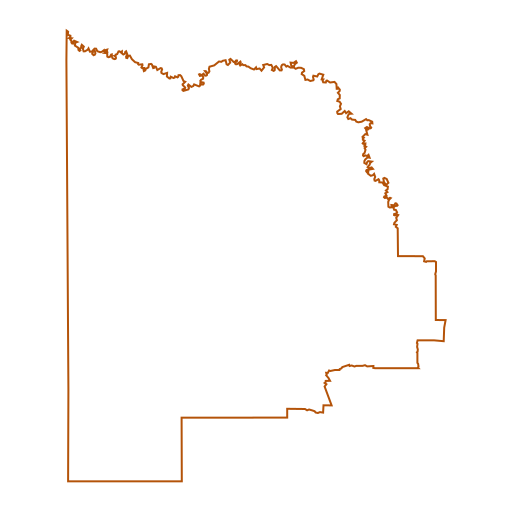 Mildura, Victoria, Australia
{"feature_id": "25037944B71441363107667", "entity_name": "Mildura", "entity_type": "district", "adm_level": 2, "iso_a3": "AUS", "parent_name": "Australia", "parent_adm1": "Victoria", "projection": "robinson", "projection_center": [141.957, -34.865], "detail": "fine", "context": "isolated", "style": "outline", "palette": "amber", "viewbox_px": 512, "rotation_deg": 0, "n_neighbors": 0, "source": "geoboundaries", "source_scale": "gbopen_adm2", "svg_char_len": 5805}
<svg xmlns="http://www.w3.org/2000/svg" viewBox="0 0 512 512"><path d="M387.9,186.6L385.3,185.6L388.4,182.8L386.7,179.0L384.4,177.9L383.3,178.5L383.9,181.8L385.4,184.1L383.9,184.8L382.5,182.5L379.3,182.3L379.2,180.2L378.5,179.2L375.5,180.9L374.6,180.6L374.3,179.0L375.2,176.9L374.1,173.9L372.9,175.2L370.8,175.8L368.0,173.7L368.3,171.5L366.9,172.2L366.1,171.0L366.6,170.0L372.9,168.9L371.6,167.4L368.8,168.2L367.6,167.2L369.7,164.6L370.1,163.0L371.8,161.6L368.2,161.1L367.1,162.2L366.5,164.2L364.3,162.9L364.4,161.0L365.3,159.4L367.6,157.4L369.6,157.7L368.5,154.8L367.1,156.0L365.4,155.4L363.7,156.2L363.0,155.5L363.2,154.1L364.6,152.9L365.5,149.8L364.6,148.1L366.1,146.8L364.4,145.9L365.3,144.8L365.4,143.5L363.3,143.9L362.7,143.4L364.6,140.7L362.9,139.8L362.8,138.9L363.7,137.8L362.7,137.5L362.5,136.9L365.3,134.1L367.4,134.7L366.2,130.2L368.1,129.4L368.4,128.7L367.6,128.2L365.8,128.8L365.2,128.1L366.9,127.0L369.8,128.5L370.9,128.1L371.2,127.6L370.1,126.3L369.7,124.2L370.5,123.2L372.4,123.4L372.2,121.7L368.7,120.1L367.3,120.3L366.1,119.1L361.7,121.7L358.3,122.3L356.3,121.6L355.2,119.9L352.0,119.6L350.5,118.2L348.3,119.0L347.4,117.3L348.3,115.0L349.2,113.9L351.5,113.7L348.7,111.3L346.1,113.2L344.7,111.0L341.7,113.8L338.0,114.0L337.3,113.0L337.2,111.6L340.7,109.0L339.9,106.3L341.0,103.8L339.6,101.7L337.3,101.0L337.8,99.3L339.7,98.4L339.8,95.0L337.9,92.8L339.7,90.9L339.8,89.6L338.2,87.7L337.6,88.8L336.7,88.8L336.4,84.0L334.5,81.9L330.1,82.5L327.0,80.5L326.4,80.7L325.8,82.5L323.2,82.3L322.6,80.7L323.3,79.4L321.7,79.3L323.3,74.7L319.5,73.6L318.4,74.2L317.2,76.5L313.4,75.7L313.0,76.9L313.7,79.7L313.3,80.3L310.3,81.0L307.6,79.5L305.4,79.9L304.3,75.8L301.7,74.1L302.0,72.6L304.2,71.1L303.9,69.2L301.1,67.8L298.3,67.7L295.7,68.8L294.1,67.8L293.9,66.0L295.1,64.0L296.8,62.7L296.0,61.2L293.5,62.9L290.6,62.6L291.2,65.4L293.1,66.8L292.5,67.6L290.5,67.6L287.5,65.9L286.3,66.6L284.6,64.5L283.0,64.4L282.0,65.0L281.3,66.3L281.2,67.7L281.9,69.6L281.5,70.4L279.8,70.4L276.1,66.1L274.9,66.9L274.7,70.1L273.7,70.9L271.9,70.0L272.8,67.8L271.3,64.9L269.3,65.1L267.2,64.0L263.2,65.0L264.1,67.4L261.5,70.7L259.6,68.5L256.5,69.1L256.0,67.4L254.0,69.5L250.6,68.2L248.4,66.6L246.5,66.4L245.4,65.1L243.2,65.1L242.3,64.2L240.2,65.5L239.7,64.7L240.7,62.3L240.4,61.6L237.2,64.1L236.0,64.3L235.2,63.7L235.0,62.8L236.9,61.3L237.0,60.5L236.2,60.4L235.0,61.8L233.7,62.0L230.5,58.9L229.3,59.7L230.2,62.6L227.9,65.0L226.6,64.3L225.6,60.2L222.7,60.8L221.4,61.8L219.0,61.5L214.2,65.4L209.5,66.7L208.9,68.8L209.4,71.4L208.5,72.8L207.1,72.7L205.8,71.1L205.0,71.1L207.0,73.8L207.0,75.0L206.5,75.5L205.2,75.7L203.5,73.7L201.5,75.2L199.8,74.1L199.1,74.4L199.9,75.9L202.4,75.5L203.2,77.1L203.1,78.7L201.1,79.7L200.3,80.9L201.0,82.1L203.6,82.6L203.8,83.6L203.2,84.5L201.6,84.6L200.3,83.4L200.0,85.7L199.1,86.4L194.1,84.4L193.3,86.0L191.4,86.9L188.4,84.5L187.8,85.6L189.0,88.0L188.4,89.4L183.4,90.9L182.5,90.2L182.5,89.4L184.9,88.4L185.2,87.5L182.8,85.2L182.6,84.3L185.2,81.8L183.5,81.0L181.3,76.2L180.1,75.1L178.5,75.2L178.2,76.8L177.5,77.4L175.1,76.3L174.6,77.6L173.5,78.0L170.7,76.7L170.3,78.4L169.4,78.5L166.9,76.5L167.1,72.9L163.5,74.1L161.5,73.0L161.2,71.9L162.1,69.4L161.6,68.3L160.6,68.1L157.3,70.0L155.9,66.8L153.4,66.3L153.9,67.9L153.2,68.1L151.9,64.5L151.1,63.9L148.9,64.3L148.4,67.4L145.6,69.0L145.3,70.4L143.9,71.1L143.5,69.6L144.1,68.0L142.1,68.1L141.4,67.5L142.5,65.3L142.3,64.3L138.7,64.7L138.1,64.1L138.2,63.0L135.1,62.2L131.9,59.2L129.9,55.6L128.3,55.8L127.3,58.1L126.3,57.9L126.1,56.6L127.3,54.3L126.1,51.3L125.2,52.0L124.9,53.7L123.3,54.5L121.9,53.3L121.9,51.4L120.6,52.3L119.5,51.3L118.5,51.4L117.2,54.1L115.7,54.6L115.6,55.7L114.5,55.9L115.7,56.9L116.0,58.0L115.5,58.9L114.3,59.1L112.6,58.3L111.8,56.4L111.8,54.4L111.1,54.6L109.9,56.9L108.4,57.2L107.3,56.6L107.2,53.2L105.2,53.0L107.3,52.0L106.8,50.9L107.2,49.6L105.5,50.1L105.0,51.9L103.9,51.4L103.8,50.3L101.9,51.8L100.2,52.2L97.3,51.2L96.1,48.7L94.6,48.6L93.1,50.2L94.9,51.1L95.4,53.5L94.8,54.7L93.6,55.2L92.2,53.8L92.9,52.3L92.7,51.6L89.9,51.7L88.5,48.4L87.7,49.7L85.0,51.3L83.6,51.3L82.9,48.8L83.8,46.6L81.8,44.8L81.2,46.2L81.4,47.7L79.6,48.7L80.4,50.3L79.5,50.9L78.5,50.0L78.2,47.7L74.9,45.6L75.3,42.7L77.1,42.0L74.1,40.7L73.4,41.5L73.1,43.6L72.1,43.5L71.4,42.5L71.4,40.9L70.3,39.7L71.7,38.3L69.2,38.0L70.4,36.8L70.4,35.7L67.8,34.8L68.1,31.7L66.7,30.7L66.4,60.1L68.4,389.8L68.1,481.3L181.8,481.3L181.6,417.7L287.2,417.6L287.2,408.8L305.0,409.0L307.1,410.3L309.1,409.5L312.2,410.4L314.6,411.2L315.6,412.5L317.9,413.0L319.9,412.1L323.1,412.6L323.5,405.3L331.6,405.4L324.6,386.5L326.4,384.2L324.7,383.0L325.5,382.5L325.7,380.9L330.0,380.8L328.5,378.0L326.2,375.3L326.7,374.7L326.2,372.8L327.8,372.9L329.1,370.5L330.3,371.0L334.9,370.0L339.5,370.0L339.7,369.1L341.4,368.4L342.3,367.1L349.2,364.8L349.6,366.0L351.7,365.5L354.5,366.5L356.2,365.9L362.4,365.9L365.0,365.2L367.2,366.4L373.4,366.0L373.3,367.9L375.1,368.2L418.5,368.2L417.9,367.5L418.5,366.5L418.1,363.8L417.4,362.9L417.4,353.1L416.9,352.3L417.6,351.6L417.8,349.4L417.1,346.9L417.5,343.8L416.9,343.0L417.6,340.3L433.7,340.3L443.7,341.2L444.2,327.6L445.6,320.1L435.8,320.0L435.7,275.4L435.2,274.2L436.0,271.5L436.0,262.0L434.7,261.2L426.7,261.3L426.1,261.9L424.1,261.3L424.7,258.4L422.9,256.2L398.0,256.1L397.7,228.3L395.8,226.8L396.7,224.9L394.0,224.3L394.4,222.8L396.9,220.2L396.2,217.8L398.2,215.0L396.8,214.4L395.1,215.4L394.1,215.1L394.1,214.1L396.3,213.4L397.1,212.3L395.8,209.9L394.2,209.8L393.6,208.3L393.7,207.3L395.0,206.0L397.1,205.8L397.6,205.2L396.4,203.5L395.4,203.3L394.1,205.3L391.4,205.0L391.5,205.8L393.3,205.9L392.7,207.2L389.7,207.5L388.4,206.7L388.2,201.9L389.1,199.7L390.7,198.1L390.0,197.8L388.0,199.0L386.8,197.5L384.9,198.0L384.0,197.2L384.3,196.5L386.5,195.6L385.3,193.3L387.4,192.1L385.9,190.5L387.6,189.2L387.9,186.6Z" fill="none" stroke="#b45309" stroke-width="2"/></svg>